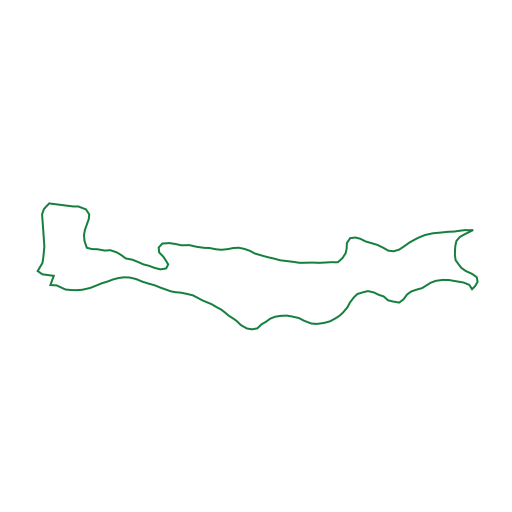 the district of IV-1 Moblissa/La Reconnai, Demerara-Mahaica, Guyana, rotated 264°
{"feature_id": "73187651B62691017600789", "entity_name": "IV-1 Moblissa/La Reconnai", "entity_type": "district", "adm_level": 2, "iso_a3": "GUY", "parent_name": "Guyana", "parent_adm1": "Demerara-Mahaica", "projection": "natural_earth1", "projection_center": [-58.193, 6.469], "detail": "fine", "context": "isolated", "style": "outline", "palette": "green", "viewbox_px": 512, "rotation_deg": 264, "n_neighbors": 0, "source": "geoboundaries", "source_scale": "gbopen_adm2", "svg_char_len": 2427}
<svg xmlns="http://www.w3.org/2000/svg" viewBox="0 0 512 512"><g transform="rotate(264 256 256)"><path d="M259.1,474.7L259.3,471.4L259.9,466.2L259.8,460.8L259.6,455.7L260.0,449.0L260.0,442.2L260.1,434.3L259.2,426.2L257.2,419.4L255.2,414.3L253.2,409.7L250.6,405.2L247.4,399.1L246.3,393.4L247.5,388.1L250.7,383.7L254.3,378.0L257.0,371.5L259.1,366.4L262.3,361.4L264.0,356.7L263.9,351.5L259.3,347.7L254.2,347.0L249.5,345.5L244.8,341.7L241.2,336.7L242.0,329.9L242.3,323.6L242.6,318.0L243.6,311.1L244.1,304.6L244.7,298.3L246.2,292.8L247.6,286.7L249.2,279.6L251.5,273.8L253.9,266.7L256.4,260.5L258.7,254.9L261.6,250.8L264.2,245.4L266.0,239.8L266.3,234.1L265.8,229.1L265.8,222.3L266.8,217.1L268.8,210.7L269.5,205.4L271.3,198.1L273.8,190.8L274.4,183.2L276.4,177.0L277.9,171.1L278.2,164.2L274.6,160.1L269.6,160.1L265.1,163.7L260.9,165.9L256.8,167.8L253.0,165.3L252.7,159.5L255.0,153.4L257.3,148.9L259.4,143.2L262.2,138.4L265.2,132.7L267.2,126.2L270.9,122.2L274.1,118.0L277.0,111.7L277.2,106.1L279.3,99.0L280.0,93.6L281.9,88.6L288.9,87.0L294.8,87.1L299.9,88.6L305.5,91.3L310.1,93.5L314.7,94.5L320.1,91.8L323.8,84.6L324.4,79.3L329.9,55.8L325.0,50.1L319.9,47.6L303.9,47.1L287.4,46.5L277.1,44.4L271.4,42.9L263.9,37.3L260.1,41.7L257.4,52.8L248.6,48.5L247.6,54.7L242.6,63.0L241.4,68.9L240.7,74.6L240.6,79.9L241.6,88.0L243.0,93.0L245.0,99.8L246.2,106.1L247.6,111.2L248.5,117.2L248.6,122.3L247.9,127.8L245.6,134.4L242.4,140.2L239.7,146.5L237.4,152.3L234.8,157.1L232.1,162.8L229.9,167.2L228.4,172.2L227.4,177.4L225.4,183.7L223.5,189.1L220.3,193.9L217.5,198.0L215.0,202.6L212.6,207.0L209.3,211.4L206.5,215.6L203.3,219.0L199.6,222.5L196.7,226.2L193.6,229.8L188.9,233.7L184.9,239.3L183.5,244.3L183.9,249.8L187.4,254.2L189.5,259.0L192.2,263.6L193.6,268.6L193.9,274.4L193.5,280.4L192.1,285.4L189.8,292.2L186.6,297.0L183.0,304.1L182.1,309.5L182.3,316.6L183.3,322.8L185.8,328.8L188.0,333.1L190.9,336.9L195.6,341.7L200.0,344.6L204.7,349.1L207.6,352.8L208.7,358.5L209.4,363.7L207.4,369.5L204.7,373.8L202.4,378.8L198.1,382.7L196.2,388.2L194.7,393.6L197.5,398.2L202.0,402.3L204.5,406.7L205.8,412.4L206.7,417.8L208.9,422.3L211.1,426.8L212.5,432.2L212.7,438.9L212.0,445.1L210.1,451.9L207.9,459.7L205.0,465.1L200.4,467.4L203.4,471.0L207.3,473.7L211.9,473.3L215.7,468.9L219.1,463.1L222.9,458.8L226.8,456.5L230.9,454.1L236.0,453.9L240.8,454.5L245.3,455.3L250.0,456.9L253.7,460.8L255.8,465.8L259.1,474.7Z" fill="none" stroke="#15803d" stroke-width="2"/></g></svg>